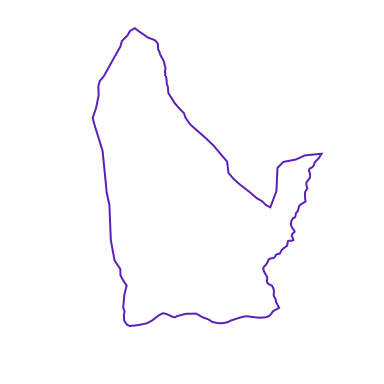 Bapisa, Wangdi Phodrang, Bhutan (Mercator projection), rotated 104°
{"feature_id": "84629894B48304633314853", "entity_name": "Bapisa", "entity_type": "district", "adm_level": 2, "iso_a3": "BTN", "parent_name": "Bhutan", "parent_adm1": "Wangdi Phodrang", "projection": "mercator", "projection_center": [89.856, 27.504], "detail": "fine", "context": "isolated", "style": "outline", "palette": "violet", "viewbox_px": 384, "rotation_deg": 104, "n_neighbors": 0, "source": "geoboundaries", "source_scale": "gbopen_adm2", "svg_char_len": 2443}
<svg xmlns="http://www.w3.org/2000/svg" viewBox="0 0 384 384"><g transform="rotate(104 192 192)"><path d="M185.2,84.8L182.3,84.7L179.6,84.6L178.3,83.9L175.9,81.7L173.9,79.5L169.7,81.1L166.4,82.0L164.5,82.2L162.4,81.6L160.8,80.9L157.2,82.8L155.0,83.3L149.7,81.1L147.7,81.3L145.4,82.1L142.8,83.9L140.9,83.5L139.1,81.5L137.1,80.4L133.6,80.0L131.6,79.1L129.9,77.9L128.6,77.2L126.7,76.6L123.6,75.6L129.1,91.2L135.3,99.0L140.7,110.6L147.9,114.9L170.7,110.3L187.9,112.3L186.9,116.9L183.9,122.0L182.4,127.6L178.3,135.7L173.3,147.0L169.7,154.1L164.7,161.2L154.0,165.3L148.5,173.0L141.9,182.1L135.8,192.8L127.3,209.4L124.8,212.5L121.6,216.2L117.5,218.8L114.6,223.7L109.8,230.5L101.7,238.9L95.9,240.8L93.6,242.4L91.7,243.1L90.3,243.5L88.0,244.3L86.7,244.9L84.9,246.5L83.2,246.5L82.0,247.4L78.5,247.6L76.6,248.4L74.9,249.6L72.8,250.4L69.5,253.1L67.9,254.8L65.6,256.6L63.2,258.0L61.9,259.3L59.3,260.1L56.6,260.9L54.8,263.0L53.9,264.5L53.3,267.1L53.1,269.8L52.7,272.5L50.9,277.0L49.4,281.3L46.9,287.2L50.9,291.2L55.8,292.5L62.5,296.6L67.9,296.6L88.0,302.1L101.4,305.7L106.7,308.4L112.1,308.4L121.0,305.9L133.5,305.4L144.2,306.3L152.2,301.8L173.6,288.8L175.2,288.2L198.4,279.9L213.3,274.6L219.6,271.5L224.0,269.2L258.4,259.1L277.1,250.6L284.2,242.9L290.5,241.1L295.8,236.0L298.5,232.8L303.0,232.8L308.1,232.8L312.6,232.1L316.8,231.4L318.8,231.2L320.8,230.8L324.4,228.5L327.8,228.3L330.0,227.7L333.3,226.6L335.1,224.6L336.5,223.0L337.1,220.1L335.2,214.7L333.3,210.1L331.0,205.5L330.2,203.9L326.2,199.5L322.6,196.7L319.6,194.3L316.6,190.8L316.6,187.0L317.8,180.6L317.8,178.4L315.8,176.1L311.6,168.3L309.0,158.4L311.0,151.4L311.6,145.4L313.2,140.7L313.0,135.1L312.3,131.9L311.0,128.4L309.1,125.2L307.7,123.8L304.9,119.4L302.3,115.1L300.2,111.3L299.3,108.4L298.7,103.7L298.0,97.8L297.0,93.9L295.8,90.4L293.8,87.2L291.0,85.6L288.1,84.6L284.5,80.7L283.3,79.4L280.0,82.4L278.3,83.9L275.6,85.0L274.2,86.6L272.2,87.9L269.1,88.3L267.1,89.0L264.9,90.5L263.5,91.9L263.1,93.8L262.6,96.2L260.8,97.7L257.5,98.1L256.1,98.7L252.5,102.2L250.2,103.9L248.0,104.5L244.8,102.7L243.0,102.0L239.0,101.2L237.7,100.2L236.4,97.0L234.6,95.6L233.1,95.6L232.0,94.7L230.5,91.9L226.8,91.0L224.6,89.7L221.4,86.9L220.0,86.7L218.6,87.0L216.5,87.0L215.5,85.4L215.3,83.6L214.1,82.0L212.6,82.8L210.5,84.6L208.7,84.6L205.7,82.8L204.0,84.2L202.3,86.3L200.9,87.5L199.2,88.3L196.1,88.6L193.2,87.8L191.6,86.0L190.2,85.8L187.3,86.0L185.2,84.8Z" fill="none" stroke="#5b21b6" stroke-width="2"/></g></svg>